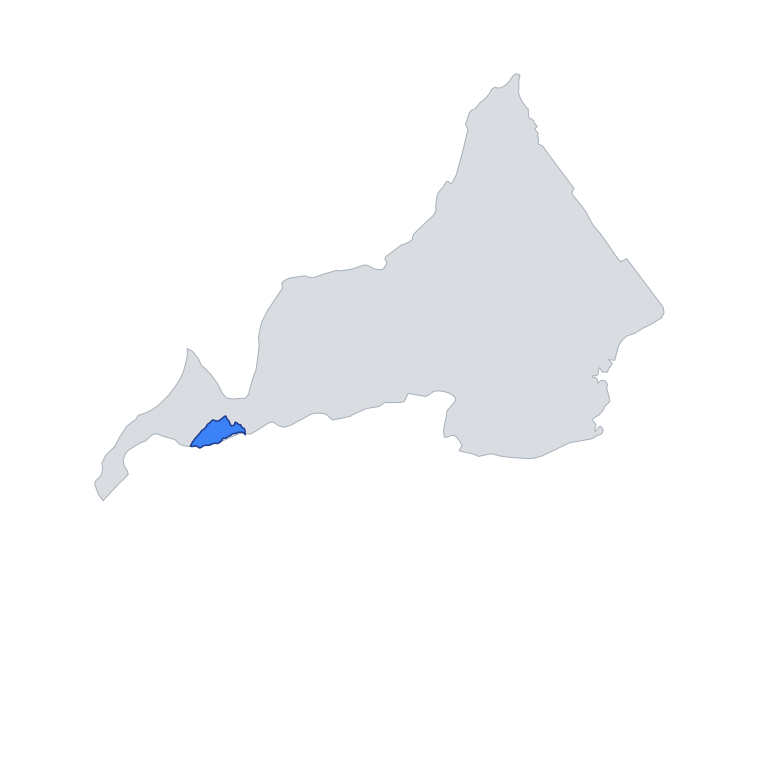 location of Mayo-Tsanaga, Extrême-Nord, Cameroon, rotated 233°
{"feature_id": "32672807B48868778994443", "entity_name": "Mayo-Tsanaga", "entity_type": "district", "adm_level": 2, "iso_a3": "CMR", "parent_name": "Cameroon", "parent_adm1": "Extrême-Nord", "projection": "natural_earth1", "projection_center": [13.657, 10.578], "detail": "fine", "context": "in_parent", "style": "filled", "palette": "blue", "viewbox_px": 768, "rotation_deg": 233, "n_neighbors": 0, "source": "geoboundaries", "source_scale": "gbopen_adm2", "svg_char_len": 5569}
<svg xmlns="http://www.w3.org/2000/svg" viewBox="0 0 768 768"><g transform="rotate(233 384 384)"><path d="M214.5,519.6L215.8,515.6L225.4,496.8L231.5,466.6L234.3,459.6L237.1,454.8L251.1,438.8L256.3,433.7L263.8,427.8L269.2,416.1L271.0,414.8L273.4,413.8L285.4,403.8L286.5,405.8L287.3,408.2L288.2,409.3L292.1,410.0L297.4,410.0L300.5,409.3L302.1,407.3L303.8,401.7L304.8,400.7L306.0,400.4L311.9,404.3L321.5,415.2L323.9,417.1L325.0,419.3L327.1,429.2L328.3,431.7L330.3,432.7L334.1,432.0L338.0,430.3L341.4,427.7L344.8,424.5L347.1,421.5L348.1,419.3L348.6,411.2L349.4,409.4L361.9,397.6L361.6,396.5L359.6,393.2L357.7,389.6L359.6,385.8L361.5,383.0L368.8,373.2L369.2,366.1L375.1,355.0L378.4,340.2L378.5,337.4L386.1,321.2L394.1,319.7L397.2,317.5L400.7,313.5L403.0,309.7L404.1,306.2L404.9,299.3L406.3,291.5L407.1,284.6L409.5,278.3L413.5,275.1L420.5,272.4L421.5,271.2L422.5,267.0L423.5,253.0L424.7,246.8L431.1,239.8L433.9,228.8L436.5,217.4L443.8,203.5L452.3,189.7L456.3,186.0L459.6,184.3L463.4,184.1L466.1,183.1L475.2,176.2L479.1,173.9L481.9,171.5L482.6,169.4L482.9,166.4L482.0,159.2L483.6,154.0L484.5,145.9L484.9,139.6L484.5,137.4L482.8,133.7L480.1,129.8L475.5,127.4L469.2,126.8L465.8,125.4L464.6,118.1L464.2,113.5L459.9,89.4L467.9,89.5L477.5,92.4L479.9,94.5L481.2,102.8L484.7,107.5L490.8,111.3L494.6,119.2L496.1,131.3L499.5,138.5L500.2,139.6L505.0,153.2L505.3,159.5L504.9,163.7L506.8,168.9L503.9,177.9L503.0,183.4L502.8,191.1L504.5,204.6L507.4,215.1L510.4,223.6L513.8,230.2L519.3,237.4L525.1,244.1L530.6,248.2L525.6,250.7L515.7,251.0L510.1,249.6L507.4,249.5L504.7,250.4L494.2,251.6L483.7,251.1L473.9,249.4L467.9,249.7L463.3,253.7L459.6,259.8L456.1,264.6L457.3,269.9L460.0,272.8L465.0,279.3L469.6,285.6L471.9,289.8L481.0,299.0L489.7,307.3L493.9,310.1L495.4,310.7L500.2,315.5L506.8,323.2L512.8,335.3L521.3,359.7L523.2,361.7L526.1,363.0L526.5,365.5L526.2,369.3L525.3,372.4L518.5,385.2L512.6,390.0L510.9,393.0L508.7,400.4L503.2,414.8L500.9,416.8L495.5,426.6L491.2,439.0L490.1,440.9L488.3,442.4L482.1,445.4L480.0,447.0L476.8,450.8L476.4,453.3L477.8,456.8L479.6,459.6L482.9,459.7L484.6,462.3L484.6,481.4L483.2,484.3L483.2,485.5L482.5,488.8L482.2,492.5L482.7,494.0L484.0,495.1L485.7,497.7L486.7,503.6L488.8,524.2L489.8,527.5L491.5,529.8L497.0,534.2L502.8,540.1L504.6,543.9L505.7,550.1L507.9,555.0L507.8,556.7L506.9,557.3L503.3,557.8L504.5,561.3L507.5,567.5L522.2,586.6L536.3,603.7L539.7,604.9L542.1,605.3L543.2,606.3L544.5,608.8L549.2,615.0L550.1,618.5L549.0,622.0L550.1,627.3L550.9,629.2L550.7,630.9L551.2,637.4L552.5,643.1L554.6,647.9L554.3,651.3L551.6,653.2L550.0,656.3L549.5,660.7L550.3,666.1L552.4,672.4L552.5,676.1L549.1,678.6L545.3,674.3L541.1,671.3L534.9,666.3L528.6,664.4L520.4,664.1L516.9,664.7L510.9,660.6L508.9,660.0L506.2,661.7L504.4,661.8L502.1,661.2L497.4,661.2L497.0,658.3L496.2,657.7L491.2,658.0L489.7,655.5L489.0,655.8L487.0,655.0L483.0,651.6L478.8,653.9L470.0,653.6L425.7,653.5L424.6,650.3L422.4,648.6L418.4,648.5L406.6,649.1L397.6,648.6L391.6,647.3L384.1,646.6L374.8,647.2L365.2,647.1L348.3,646.3L338.9,646.4L339.1,648.4L338.5,649.8L338.0,653.2L277.8,653.2L272.9,650.9L271.4,649.3L271.0,646.5L269.8,646.1L270.8,634.0L272.8,623.9L273.6,614.5L276.4,606.2L275.0,597.9L273.2,594.2L264.1,582.5L268.3,578.0L262.8,578.6L261.6,574.3L259.0,569.0L260.6,568.2L262.2,565.3L267.2,566.2L267.0,564.8L262.7,560.4L263.1,558.2L264.9,555.7L264.1,554.6L261.0,557.2L258.7,557.1L257.0,555.5L255.8,555.2L256.5,558.6L254.8,561.6L253.2,562.6L250.3,562.4L248.1,561.7L247.5,560.0L245.3,558.7L239.3,556.5L234.2,553.9L233.2,546.7L231.2,543.6L230.4,540.1L229.9,536.1L230.6,530.0L229.3,529.0L227.8,528.7L225.6,529.0L223.6,528.6L221.2,525.3L219.1,524.0L220.4,530.2L218.9,531.9L215.3,531.4L213.7,529.1L213.4,527.3L215.1,519.8L214.5,519.6Z" fill="#d9dde1" stroke="#a8b0b8" stroke-width="1"/><path d="M456.5,210.2L455.7,208.1L454.3,200.7L452.8,195.9L450.9,192.1L450.7,192.2L450.5,192.4L450.2,192.4L450.0,192.8L449.8,192.9L449.6,193.0L449.0,193.9L448.9,194.1L448.8,194.5L448.7,194.9L448.5,195.1L448.3,195.2L448.2,195.5L448.2,195.9L448.2,196.3L447.9,196.5L447.5,196.7L447.4,196.7L447.2,196.7L446.9,196.8L445.8,197.6L445.1,197.8L444.1,198.0L443.7,198.5L443.4,199.9L443.3,200.6L443.3,201.3L443.4,202.1L443.2,202.8L443.0,203.3L442.6,204.2L442.2,205.1L441.9,205.5L441.7,205.7L441.5,205.8L441.1,206.2L441.0,206.5L440.9,206.8L440.7,207.0L440.2,208.1L439.9,208.6L439.7,209.1L439.5,210.6L439.3,211.5L439.1,212.1L438.9,212.6L438.7,213.0L438.3,213.4L437.6,214.1L437.3,214.4L437.1,214.6L436.6,215.6L436.3,217.1L436.2,217.6L436.2,218.1L436.2,218.4L436.4,219.1L436.5,219.7L436.5,220.1L436.7,221.1L437.1,221.4L437.3,221.9L437.3,222.5L437.3,223.3L436.8,224.0L436.4,224.4L436.1,224.7L436.0,225.1L435.9,225.6L435.8,226.6L435.9,227.6L435.9,228.5L435.4,229.4L435.2,229.9L435.2,230.7L435.4,231.8L435.3,232.7L435.1,233.6L434.8,234.4L434.4,234.8L434.3,235.1L433.7,235.7L433.3,236.5L433.2,236.7L433.3,237.3L433.3,237.8L433.3,238.4L433.1,239.0L432.9,239.2L432.3,239.6L431.9,239.8L431.7,240.2L431.5,240.9L431.2,241.8L430.9,242.0L430.4,242.0L429.7,242.2L428.8,242.6L428.5,242.7L427.4,242.6L427.2,242.7L429.0,244.1L430.9,245.2L432.2,245.5L433.0,245.5L433.8,244.8L435.2,244.5L436.8,244.7L437.2,245.0L437.6,245.0L438.4,244.2L439.7,243.4L441.1,243.1L442.5,242.7L442.9,242.2L442.8,241.5L441.7,240.5L441.4,239.4L442.2,237.3L443.3,236.8L448.4,238.0L450.9,237.4L452.3,238.2L453.8,238.2L454.1,237.0L454.0,234.1L454.0,229.7L454.5,228.8L455.5,227.7L456.2,226.9L457.6,226.4L458.4,225.2L458.2,223.2L457.8,222.0L458.1,220.0L457.8,218.0L456.7,215.9L456.3,212.8L456.4,211.7L456.5,210.2Z" fill="#3b82f6" stroke="#1e3a8a" stroke-width="1.5"/></g></svg>